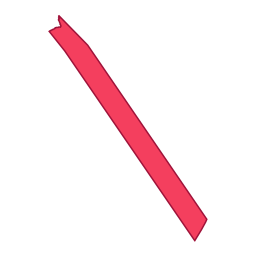 Ngerutoi, Ngardmau, Palau
{"feature_id": "81905179B43294852199533", "entity_name": "Ngerutoi", "entity_type": "district", "adm_level": 2, "iso_a3": "PLW", "parent_name": "Palau", "parent_adm1": "Ngardmau", "projection": "mercator", "projection_center": [134.577, 7.597], "detail": "fine", "context": "isolated", "style": "filled", "palette": "rose", "viewbox_px": 256, "rotation_deg": 0, "n_neighbors": 0, "source": "geoboundaries", "source_scale": "gbopen_adm2", "svg_char_len": 704}
<svg xmlns="http://www.w3.org/2000/svg" viewBox="0 0 256 256"><path d="M206.8,219.3L87.7,45.2L58.6,15.4L58.7,15.6L58.7,16.2L59.0,16.9L59.0,17.5L58.8,17.6L58.6,17.9L58.9,18.6L59.3,18.8L58.9,19.3L58.5,19.6L58.6,20.3L59.1,21.0L59.5,22.1L59.9,23.1L60.2,23.8L60.1,24.4L60.8,25.2L60.8,25.8L60.8,26.5L60.5,27.0L60.3,27.2L59.2,27.0L58.8,27.0L58.3,27.4L57.8,27.5L57.4,27.4L56.8,27.4L56.3,27.5L55.8,27.8L55.4,27.7L55.1,28.0L54.9,28.1L54.8,28.5L54.6,28.6L53.7,29.1L53.0,29.5L52.8,29.4L52.3,29.7L52.0,29.8L51.7,30.1L51.2,30.2L51.0,30.5L50.6,30.5L50.2,30.9L49.8,30.9L49.7,31.0L49.2,31.4L64.8,51.0L194.3,240.0L194.8,240.6L201.5,229.6L205.6,222.1L206.8,219.3Z" fill="#f43f5e" stroke="#9f1239" stroke-width="1.5"/></svg>